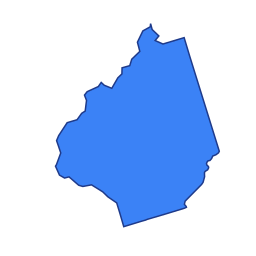 the district of De Soto, Louisiana, United States of America, rotated 253°
{"feature_id": "52423323B38676276985522", "entity_name": "De Soto", "entity_type": "district", "adm_level": 2, "iso_a3": "USA", "parent_name": "United States of America", "parent_adm1": "Louisiana", "projection": "robinson", "projection_center": [-93.77, 32.094], "detail": "fine", "context": "isolated", "style": "filled", "palette": "blue", "viewbox_px": 256, "rotation_deg": 253, "n_neighbors": 0, "source": "geoboundaries", "source_scale": "gbopen_adm2", "svg_char_len": 1027}
<svg xmlns="http://www.w3.org/2000/svg" viewBox="0 0 256 256"><g transform="rotate(253 128 128)"><path d="M34.9,95.1L34.9,104.5L34.9,107.3L34.9,113.8L34.8,117.9L35.0,119.6L34.8,140.2L34.8,158.5L35.1,160.7L36.0,160.7L38.5,159.6L41.3,161.2L42.9,164.1L52.5,181.9L54.1,183.9L59.0,187.0L61.7,187.7L63.2,188.2L64.0,189.2L64.7,191.9L66.0,193.2L67.0,193.7L68.2,193.4L69.2,192.7L70.9,192.6L72.2,193.5L73.2,195.0L73.0,196.9L74.3,199.0L76.4,200.8L76.7,204.3L77.8,207.3L79.1,208.5L179.1,208.0L198.0,208.1L198.1,186.0L203.7,179.5L207.0,184.4L215.1,179.9L221.2,180.1L218.3,178.9L216.5,170.6L207.3,162.1L197.8,161.7L192.7,151.7L187.1,147.9L187.3,139.9L181.5,138.0L179.0,133.0L170.7,124.1L175.8,117.8L179.4,115.7L176.3,111.7L174.7,99.6L172.2,96.0L166.5,96.4L156.7,92.0L155.6,88.0L150.8,81.7L150.9,71.4L141.0,59.5L136.8,56.0L131.3,56.2L123.8,56.4L113.8,48.8L112.7,47.5L103.0,48.7L98.7,52.7L98.5,57.3L87.7,64.1L85.3,67.7L84.3,76.5L74.3,85.2L68.1,88.6L59.7,95.3L49.2,95.3L34.9,95.1Z" fill="#3b82f6" stroke="#1e3a8a" stroke-width="1.5"/></g></svg>